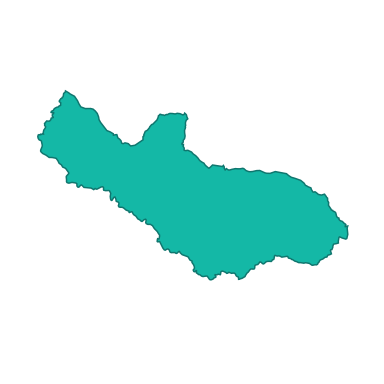 Nátaga, Huila, Colombia (Mercator projection), rotated 277°
{"feature_id": "7082276B27593936754080", "entity_name": "Nátaga", "entity_type": "district", "adm_level": 2, "iso_a3": "COL", "parent_name": "Colombia", "parent_adm1": "Huila", "projection": "mercator", "projection_center": [-75.793, 2.578], "detail": "fine", "context": "isolated", "style": "filled", "palette": "teal", "viewbox_px": 384, "rotation_deg": 277, "n_neighbors": 0, "source": "geoboundaries", "source_scale": "gbopen_adm2", "svg_char_len": 6060}
<svg xmlns="http://www.w3.org/2000/svg" viewBox="0 0 384 384"><g transform="rotate(277 192 192)"><path d="M229.8,32.4L228.1,32.2L226.3,32.9L225.1,34.0L224.7,35.6L224.2,36.3L220.2,37.7L218.8,37.7L215.1,36.7L214.1,36.8L213.2,37.5L212.0,39.2L210.8,42.6L208.9,46.0L209.2,49.0L209.0,52.0L208.8,53.1L206.8,55.0L204.3,56.6L203.0,59.1L201.0,60.6L200.3,63.0L199.8,63.9L196.2,67.2L195.7,67.4L195.2,67.3L192.5,65.5L191.8,65.3L188.8,66.0L186.9,66.2L186.2,66.7L185.9,67.6L185.8,68.8L186.9,71.7L186.8,75.6L186.2,76.7L183.9,77.1L183.0,78.0L182.9,78.6L183.3,79.4L185.0,80.5L185.5,81.3L185.1,82.2L183.4,84.2L183.6,91.4L182.4,94.2L183.7,95.4L183.2,96.4L183.3,97.4L185.9,101.2L186.3,102.6L186.1,103.1L185.4,103.7L183.5,103.9L183.0,104.2L182.8,106.1L183.3,109.1L183.2,109.9L180.8,111.5L177.6,111.4L175.2,112.0L174.2,112.5L173.8,113.0L174.0,113.6L177.1,115.1L177.5,115.6L177.6,116.2L175.5,117.4L173.7,117.8L173.4,118.2L173.0,120.0L172.3,120.7L171.4,120.9L169.3,120.6L168.3,121.3L168.1,122.4L168.3,124.4L168.0,125.8L166.0,128.8L165.3,131.7L164.2,132.0L164.0,132.3L165.0,134.2L165.0,134.9L162.5,136.7L161.1,139.4L158.7,141.5L158.0,143.5L156.7,145.3L156.8,146.2L158.6,147.7L159.3,149.0L159.2,149.5L158.8,149.8L158.4,149.9L155.9,149.8L155.0,150.5L154.5,152.1L154.8,154.7L153.8,156.9L151.1,159.1L148.5,162.4L146.6,163.8L145.4,165.0L144.3,165.2L142.0,165.1L141.3,164.8L141.5,163.6L140.2,163.4L138.6,163.5L138.3,164.2L138.8,165.4L138.8,166.0L132.7,170.0L131.2,171.5L131.0,172.5L132.3,174.2L132.5,175.1L131.8,176.4L129.9,177.4L129.5,177.9L129.3,178.8L129.8,182.3L129.1,183.8L129.6,184.8L131.3,186.1L131.5,186.6L131.0,187.2L130.3,187.6L128.6,189.9L127.3,195.6L126.8,196.3L124.5,198.0L124.0,198.6L123.5,200.4L122.0,200.6L120.0,202.4L118.6,203.2L116.9,203.7L115.8,203.4L114.7,202.7L113.4,203.4L113.2,203.9L113.2,204.7L114.5,205.6L114.5,206.0L112.2,206.3L111.7,207.5L110.9,208.4L110.8,210.1L109.7,211.7L109.4,213.2L110.3,216.3L110.3,217.1L110.2,217.5L107.4,220.0L107.1,220.7L107.3,222.1L108.5,223.9L109.4,224.3L110.2,225.9L111.1,226.0L112.4,224.9L112.8,225.1L112.8,226.8L113.6,228.0L113.4,230.2L114.2,230.4L116.0,230.3L116.8,230.9L117.2,231.8L117.1,232.7L116.3,235.2L115.5,236.4L115.8,237.3L116.8,238.4L116.1,241.2L116.5,242.4L116.6,244.1L115.8,245.1L114.3,246.0L113.6,247.1L113.3,248.2L112.6,248.6L111.0,248.9L111.2,249.8L112.1,251.1L112.2,251.9L114.5,254.9L116.3,255.5L118.4,256.6L119.2,257.5L122.2,259.2L122.8,260.0L123.0,262.5L123.4,263.3L124.3,263.5L126.2,263.4L126.9,263.5L127.3,264.1L128.1,266.2L130.9,268.0L130.6,269.3L129.5,270.7L129.3,271.6L129.8,272.4L131.5,273.8L132.2,274.9L132.6,276.9L132.7,279.1L133.3,279.6L134.5,280.1L134.9,281.2L135.4,281.5L138.7,281.7L139.2,282.1L138.8,284.3L139.2,285.9L139.1,287.0L138.3,289.1L139.8,294.3L139.5,295.0L138.3,295.7L138.1,296.2L137.9,298.2L137.2,299.1L137.2,300.0L135.9,302.5L135.6,304.5L134.9,306.3L135.1,308.3L135.0,311.7L135.6,313.2L135.6,314.9L135.4,317.3L134.0,319.9L134.0,320.7L134.7,322.7L134.9,324.5L135.6,325.4L137.1,325.9L137.7,326.5L139.4,327.1L140.2,327.7L141.5,330.1L143.4,332.0L143.9,333.8L145.5,334.4L146.0,334.8L146.6,336.5L147.6,337.9L150.9,336.5L151.5,336.7L151.9,337.9L154.3,338.5L155.4,338.4L156.9,338.7L157.6,339.1L158.4,341.7L159.2,343.5L161.0,343.2L164.9,343.4L165.4,343.9L165.4,344.4L164.7,346.4L164.0,350.4L164.7,351.3L168.9,351.8L175.1,350.4L177.2,350.7L176.3,348.4L176.8,348.2L178.1,348.7L178.5,348.6L179.0,347.9L179.4,346.8L180.0,346.3L181.2,344.6L181.5,342.9L182.0,342.0L182.8,341.2L183.8,341.1L184.1,340.9L184.2,339.9L185.2,338.6L188.6,337.3L189.2,336.9L189.9,335.8L190.0,334.6L190.9,333.9L191.1,332.5L191.9,332.1L195.4,329.1L198.3,328.9L199.8,327.7L202.4,327.3L203.3,326.1L204.2,325.6L204.7,324.8L205.7,324.2L206.0,323.7L204.7,320.8L204.9,318.8L205.0,317.6L205.6,316.9L207.1,314.4L207.1,313.7L206.7,312.9L206.8,312.0L209.0,310.2L210.6,309.5L211.3,306.7L212.1,305.0L212.4,303.8L214.4,302.2L216.8,298.4L218.1,292.6L218.7,288.8L220.1,285.9L221.7,283.5L222.4,272.2L220.0,267.2L219.7,263.6L219.9,262.1L221.6,256.6L221.1,253.5L219.7,249.6L219.2,247.2L219.2,245.7L219.8,243.1L221.5,240.6L221.7,239.5L220.9,236.9L220.6,234.8L220.5,232.3L219.3,228.7L218.5,226.9L218.3,225.9L218.4,225.2L219.4,223.2L218.0,222.2L219.4,221.1L220.9,220.9L222.2,219.9L221.0,219.1L221.3,209.1L219.0,207.3L217.7,206.0L217.7,205.6L219.7,202.6L220.7,201.4L222.0,200.4L222.9,198.2L223.9,196.3L224.6,195.4L226.6,193.6L228.6,191.1L229.2,189.8L230.1,188.3L231.6,186.7L232.8,183.1L232.8,182.0L232.3,181.1L232.4,179.2L232.8,179.0L234.6,178.9L236.4,177.6L237.4,177.8L238.2,177.7L238.0,176.4L238.6,176.1L239.1,176.2L240.4,177.2L242.2,177.0L244.0,178.1L245.0,178.2L246.8,178.3L249.7,177.5L252.3,177.1L255.1,177.7L256.2,177.3L257.1,177.6L259.4,177.1L260.4,177.1L262.5,177.5L264.1,178.9L266.1,177.7L267.8,177.1L268.5,176.4L269.4,175.1L268.3,174.8L267.8,174.4L267.4,173.5L268.3,170.5L268.3,167.7L267.4,165.8L267.5,162.9L267.3,160.5L266.5,159.0L265.9,158.5L265.8,157.1L264.6,155.2L265.0,154.2L264.9,152.6L265.1,151.5L265.3,151.4L265.1,150.6L264.3,150.2L263.6,149.4L262.0,149.3L259.3,148.5L254.5,144.8L254.0,143.7L251.5,142.1L250.6,141.9L247.9,140.2L246.5,138.2L242.8,137.2L241.9,137.4L240.9,136.6L237.8,137.0L231.5,129.8L230.2,125.5L232.2,122.9L232.4,121.7L232.6,119.5L231.6,117.8L231.8,116.4L233.3,115.6L234.2,115.3L235.7,113.6L236.7,111.8L239.8,110.4L239.6,109.3L238.8,107.1L240.2,106.8L241.7,103.4L242.6,100.0L249.9,92.8L252.5,90.9L255.2,90.1L258.4,88.4L260.6,86.1L262.2,83.7L262.5,81.1L261.8,75.9L262.9,71.3L265.5,69.2L268.7,67.2L272.7,63.7L274.5,59.0L275.4,57.6L276.9,54.1L275.7,54.0L274.2,52.6L271.1,52.5L270.5,52.2L270.1,51.6L269.4,51.6L268.6,50.4L266.3,49.2L265.5,49.3L264.6,50.8L261.9,51.0L261.2,49.6L260.2,49.0L259.5,47.2L258.0,45.2L256.2,44.5L254.9,42.6L253.8,42.4L253.7,42.6L253.9,45.0L252.9,45.0L252.1,44.0L251.1,44.0L250.3,44.1L249.7,44.9L249.1,45.2L248.8,44.9L248.3,43.5L248.1,43.2L246.6,43.1L245.2,42.1L244.9,41.6L244.8,39.1L242.0,37.3L241.8,37.5L240.2,37.6L238.8,38.8L237.5,38.5L235.3,37.3L232.6,37.1L231.4,37.5L231.5,36.4L230.8,35.7L231.0,34.8L230.2,34.3L230.3,33.2L229.8,32.4Z" fill="#14b8a6" stroke="#0f766e" stroke-width="1.5"/></g></svg>